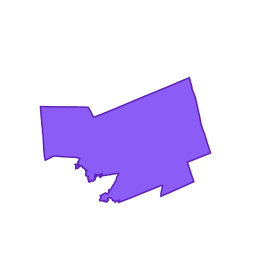 Crevenicu, Teleorman, Romania (Natural Earth projection), rotated 214°
{"feature_id": "2599482B13344453744319", "entity_name": "Crevenicu", "entity_type": "district", "adm_level": 2, "iso_a3": "ROU", "parent_name": "Romania", "parent_adm1": "Teleorman", "projection": "natural_earth1", "projection_center": [25.564, 44.229], "detail": "fine", "context": "isolated", "style": "filled", "palette": "violet", "viewbox_px": 256, "rotation_deg": 214, "n_neighbors": 0, "source": "geoboundaries", "source_scale": "gbopen_adm2", "svg_char_len": 5058}
<svg xmlns="http://www.w3.org/2000/svg" viewBox="0 0 256 256"><g transform="rotate(214 128 128)"><path d="M105.3,204.1L105.4,203.8L106.5,202.2L107.1,201.2L108.7,198.9L109.7,197.3L112.6,192.9L115.0,189.1L116.3,187.1L116.7,186.5L123.4,176.4L124.0,175.5L126.0,172.4L128.6,168.6L129.1,167.8L130.0,166.4L130.3,165.8L130.7,165.4L131.3,164.6L132.5,162.7L133.3,161.5L137.8,154.7L139.7,151.7L144.1,145.1L144.5,144.3L146.9,140.7L147.5,139.8L147.6,139.5L149.9,136.2L154.3,129.5L162.5,117.6L171.7,122.7L172.6,122.9L176.7,120.4L180.0,118.1L182.2,116.8L183.8,115.9L184.0,115.7L186.8,113.7L195.0,108.3L199.6,105.2L212.6,96.8L209.0,92.2L204.0,86.1L200.4,81.5L200.1,81.3L199.0,80.2L198.4,79.5L196.7,77.0L194.1,74.1L185.4,62.6L181.2,57.5L178.6,55.0L174.0,63.0L173.4,63.6L167.1,67.1L155.5,74.1L151.1,75.9L150.8,75.3L150.8,75.0L150.7,74.2L150.4,73.8L150.3,73.5L150.2,72.8L150.3,72.6L150.6,72.3L150.7,72.2L150.7,71.8L150.1,71.4L149.8,70.7L149.5,70.0L149.5,69.7L149.6,69.4L149.9,69.3L150.6,69.1L150.9,68.9L151.3,68.6L151.5,68.2L151.2,68.0L150.6,67.8L150.3,67.7L150.0,67.0L149.7,66.6L149.4,66.3L149.0,65.5L148.8,65.2L148.7,65.1L148.5,65.5L148.4,65.6L147.7,65.8L147.6,66.3L147.1,66.5L146.8,67.4L146.8,67.6L147.0,68.0L147.4,68.3L147.6,68.4L147.8,68.4L148.0,68.5L148.2,69.3L148.2,69.8L147.4,69.5L147.1,69.0L146.9,68.9L146.7,68.9L146.5,69.1L146.5,69.4L145.7,70.1L145.6,70.5L145.2,70.8L144.9,70.8L144.6,70.8L144.1,70.1L143.9,69.9L143.5,69.8L143.1,69.8L142.7,70.0L141.9,70.1L141.7,70.1L141.5,69.8L141.4,69.7L141.1,69.7L140.6,69.9L140.2,70.0L140.0,69.9L139.9,69.8L139.9,69.4L139.7,69.3L139.4,69.5L139.2,69.6L138.7,69.6L139.1,69.3L139.1,69.1L138.7,68.6L138.6,68.4L138.2,68.1L137.7,67.8L137.5,67.7L137.4,67.6L137.4,67.4L137.5,66.8L137.5,66.5L137.5,66.2L137.3,65.9L137.0,65.5L136.7,65.3L136.2,65.4L136.1,65.0L135.7,65.1L135.2,65.2L134.7,65.2L134.1,65.6L133.9,65.5L133.7,65.4L133.8,65.2L133.7,64.9L133.6,64.7L133.4,64.3L133.2,64.0L133.0,63.9L132.7,63.6L132.5,63.1L132.4,63.0L131.3,63.0L131.0,62.9L130.9,62.8L130.9,62.6L131.0,62.3L131.0,61.9L131.0,61.7L130.9,61.5L130.6,61.4L130.1,61.6L129.5,61.9L129.3,62.1L129.2,62.2L129.2,62.3L129.2,62.7L128.9,63.2L128.9,63.5L128.8,63.8L128.6,63.9L128.2,64.2L127.4,64.3L127.1,64.5L127.0,64.8L127.0,65.2L127.0,65.7L126.8,66.1L126.4,66.5L126.4,66.9L126.4,67.0L126.8,67.3L127.1,68.3L127.1,68.5L127.3,68.7L128.1,68.9L128.3,68.9L128.4,69.0L128.4,69.6L129.2,70.9L129.2,71.1L129.1,71.3L128.9,71.6L128.6,71.6L128.4,71.6L128.3,71.4L128.4,70.7L127.9,70.3L127.4,70.1L127.0,70.1L126.8,70.2L126.7,70.3L126.8,70.5L127.5,70.7L127.6,70.9L127.6,71.0L127.1,71.3L126.9,71.7L126.8,72.5L126.6,72.8L126.4,72.9L125.9,73.1L125.6,73.1L125.3,72.9L125.2,72.4L125.1,71.9L124.9,71.7L123.7,71.6L123.3,71.6L123.2,71.8L123.0,72.5L122.9,72.8L122.9,73.0L123.0,73.2L124.1,73.3L124.4,73.5L124.4,74.2L124.5,74.8L124.5,75.1L124.4,75.2L124.1,75.3L123.9,75.4L123.6,75.4L123.5,75.2L123.4,75.0L123.3,74.7L122.6,74.3L122.4,74.2L122.3,74.3L121.3,75.2L118.7,77.6L115.9,80.1L114.4,81.7L113.2,82.8L111.2,84.5L110.5,85.0L110.4,85.0L110.2,85.0L110.0,84.7L109.9,84.2L109.9,83.7L110.0,83.0L109.9,81.0L109.8,80.7L109.7,80.4L109.1,79.5L109.1,78.9L109.0,78.7L108.8,77.8L108.6,77.3L108.5,76.9L108.5,76.5L108.5,76.2L108.6,75.2L108.6,74.9L108.2,73.3L108.3,72.8L108.4,72.4L108.5,71.5L108.4,71.0L108.3,70.7L108.3,70.0L107.9,68.4L107.9,67.9L107.9,67.7L108.0,67.6L108.3,67.3L108.5,67.1L109.1,66.2L109.2,65.5L109.1,65.1L108.9,64.9L108.7,64.9L108.4,65.1L108.2,65.1L107.9,65.1L107.8,64.8L107.8,64.6L108.0,63.5L108.0,62.8L108.0,62.3L108.1,62.1L108.2,61.9L108.9,61.8L109.3,61.6L109.9,61.7L110.3,61.6L110.4,61.4L111.3,59.8L111.4,59.5L111.5,59.0L111.6,58.9L112.0,58.7L112.3,58.4L112.3,58.1L112.3,57.5L112.4,57.4L112.5,57.2L112.9,56.8L113.0,56.6L113.1,56.2L112.8,56.0L112.3,56.0L112.2,56.0L111.6,55.2L111.3,54.9L111.2,54.8L111.2,54.7L111.5,54.4L111.3,53.5L111.4,53.1L111.4,52.7L111.3,52.4L110.9,52.0L110.6,51.9L110.4,52.0L110.1,52.2L109.7,52.5L109.0,53.2L108.7,53.4L108.4,53.5L107.0,53.6L106.4,53.8L106.5,54.1L106.3,54.5L106.3,54.8L106.2,54.9L105.7,54.8L105.2,54.4L104.9,54.4L104.4,54.7L104.3,54.8L104.0,55.2L104.0,55.3L104.2,55.7L104.2,56.0L104.2,56.3L103.9,57.0L104.0,57.3L104.4,57.5L104.7,57.8L105.1,57.8L105.2,58.0L105.2,59.1L105.0,59.6L104.8,59.9L104.6,59.9L103.8,60.1L103.5,60.2L103.0,60.1L102.3,60.3L102.0,60.3L101.2,60.2L100.8,59.7L100.1,59.2L99.9,59.2L99.6,59.4L99.5,59.5L99.5,59.8L99.4,59.8L99.2,60.0L98.4,60.0L98.1,59.9L97.8,59.7L97.5,59.3L97.3,59.3L97.1,59.5L96.7,60.1L95.9,61.8L95.5,62.5L95.0,63.1L94.1,61.1L86.3,72.1L83.3,76.7L79.2,82.8L69.1,97.7L68.5,98.6L68.2,98.9L67.1,99.7L64.6,93.5L63.9,92.0L63.0,90.5L62.5,89.8L61.5,91.6L57.8,97.1L43.4,120.3L50.5,125.7L59.6,132.9L45.6,153.5L53.3,159.4L58.1,163.4L59.8,164.7L60.5,165.2L60.8,165.5L66.1,169.3L70.5,172.9L71.0,173.4L73.1,175.5L74.0,176.5L75.5,178.0L76.7,179.1L78.1,180.4L79.8,182.0L84.0,186.1L85.5,187.4L88.8,190.6L89.9,191.4L92.4,193.3L92.9,193.6L93.6,194.0L95.5,195.4L95.6,195.5L95.9,195.6L96.6,196.0L97.1,196.7L97.3,196.8L97.5,196.9L97.9,197.6L98.3,198.1L101.8,200.9L104.2,203.2L105.3,204.1Z" fill="#8b5cf6" stroke="#5b21b6" stroke-width="1.5"/></g></svg>